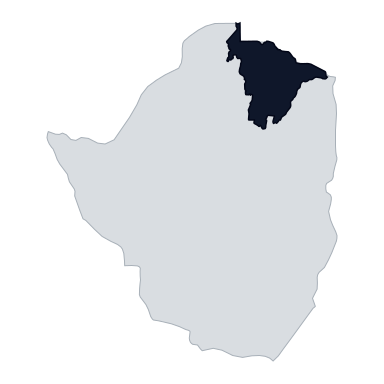 Mashonaland Central highlighted on a map of Zimbabwe
{"feature_id": "ZWE-524", "entity_name": "Mashonaland Central", "entity_type": "Province", "adm_level": 1, "iso_a3": "ZWE", "parent_name": "Zimbabwe", "parent_adm1": "", "projection": "equal_earth", "projection_center": [30.9, -16.688], "detail": "fine", "context": "in_parent", "style": "filled", "palette": "ink", "viewbox_px": 384, "rotation_deg": 0, "n_neighbors": 0, "source": "natural_earth", "source_scale": "10m", "svg_char_len": 6913}
<svg xmlns="http://www.w3.org/2000/svg" viewBox="0 0 384 384"><path d="M273.1,361.0L269.7,358.1L265.2,356.3L259.4,355.5L251.9,355.8L242.6,357.4L232.7,355.5L222.0,350.2L213.2,348.3L202.7,350.6L202.2,350.7L200.4,348.9L197.5,345.0L192.7,344.3L191.4,343.4L190.3,342.0L189.6,340.2L189.3,338.1L190.1,331.8L189.7,331.0L188.4,330.3L185.7,329.5L179.4,326.6L171.4,323.8L158.5,320.8L153.4,320.0L152.3,319.0L150.8,316.7L148.3,309.4L145.9,304.5L140.3,297.1L139.4,294.7L139.6,288.8L140.0,284.0L140.5,280.0L140.2,276.2L140.1,271.4L140.3,268.3L139.5,266.9L137.5,265.9L131.7,265.5L124.7,265.7L124.5,260.9L123.8,253.4L122.4,249.1L120.8,246.9L117.6,244.5L111.0,241.4L102.2,236.5L94.5,229.3L85.8,220.4L83.0,218.8L79.8,210.4L74.7,196.0L75.0,191.2L74.2,188.9L69.4,181.8L68.3,178.1L67.5,174.4L59.8,164.1L57.2,159.5L55.1,153.7L53.1,149.0L51.5,147.2L49.3,144.0L47.7,140.4L47.0,137.7L47.5,134.1L48.3,131.6L55.5,134.2L59.4,134.4L62.5,133.1L66.3,134.8L70.9,139.5L75.9,140.4L81.2,137.5L88.4,138.4L97.6,143.1L105.1,144.0L114.1,139.8L122.0,128.3L129.5,117.4L136.8,104.9L141.3,94.8L147.8,86.5L156.4,80.2L165.2,74.8L178.7,68.2L181.4,62.8L182.3,56.8L182.2,48.6L182.9,43.2L184.3,40.8L186.6,38.9L189.4,36.4L198.3,30.1L205.8,26.1L214.9,23.5L224.8,23.4L234.4,23.4L239.9,23.4L240.0,31.4L240.4,40.3L241.5,41.2L248.7,41.4L260.3,42.0L271.4,42.6L278.5,49.1L280.9,50.5L288.3,52.2L297.7,63.0L309.1,64.0L316.9,67.4L323.8,71.1L327.7,75.5L330.3,76.5L333.8,76.9L335.4,77.3L335.1,80.5L332.7,85.9L333.0,93.6L336.1,104.4L336.5,113.7L335.5,130.2L335.5,146.1L335.8,151.8L336.3,155.5L336.9,157.6L336.8,159.9L334.9,166.6L333.3,173.6L333.3,176.4L332.7,178.4L331.6,180.2L326.6,183.4L325.8,185.4L325.8,189.0L326.4,192.1L328.2,193.2L330.4,194.9L331.3,197.2L331.3,199.6L330.6,204.0L328.6,211.4L330.5,219.8L332.7,225.3L335.7,231.7L337.0,235.6L336.9,238.4L336.4,241.1L331.8,252.7L328.5,259.8L324.4,267.5L319.1,272.3L317.7,274.7L317.2,277.3L317.4,283.1L317.1,289.1L312.5,298.3L315.3,306.3L314.7,307.0L313.1,308.2L306.6,317.1L300.0,326.2L295.2,332.8L289.7,340.3L283.5,348.7L278.3,355.9L273.1,361.0Z" fill="#d9dde1" stroke="#a8b0b8" stroke-width="1"/><path d="M236.1,23.2L237.3,23.9L238.4,23.8L239.9,23.0L240.0,27.1L240.0,31.9L240.1,38.0L240.2,41.5L244.4,41.4L247.0,41.4L253.2,41.3L257.2,41.3L258.9,41.8L260.4,43.1L261.0,44.0L261.5,44.5L262.2,44.6L263.0,44.2L263.4,43.7L264.1,42.7L264.7,42.3L265.0,42.4L265.3,42.7L265.6,42.7L265.9,42.0L266.8,41.2L268.5,41.4L272.3,42.6L273.0,42.9L273.6,43.5L274.2,44.4L274.9,46.1L275.3,46.8L276.1,47.3L276.4,47.6L276.6,48.1L276.7,48.6L276.9,48.9L277.1,48.9L277.4,48.8L277.5,48.8L277.7,49.2L277.6,49.4L277.7,49.6L278.4,49.7L279.2,49.7L280.0,49.8L280.6,50.4L282.0,51.3L288.3,51.8L289.2,52.4L290.2,53.5L292.5,56.7L293.2,57.5L294.8,58.6L295.2,59.0L295.5,59.9L295.7,61.9L296.0,62.6L296.6,63.0L300.5,63.8L307.9,63.6L310.9,64.2L314.7,66.2L320.7,69.3L325.1,71.6L325.5,72.1L325.7,72.8L325.7,74.0L326.1,76.0L327.1,77.0L327.3,77.1L327.2,77.2L326.2,78.4L325.6,78.8L324.9,78.9L322.7,78.7L322.4,78.5L321.7,78.1L321.4,77.9L316.4,77.1L315.4,77.3L314.5,77.7L312.7,79.1L311.7,79.6L311.2,79.6L309.6,79.6L309.2,79.7L308.9,79.9L308.3,80.4L307.6,81.0L306.7,81.4L305.8,81.6L305.0,81.7L304.7,81.6L304.1,81.2L303.7,81.2L303.2,81.3L302.6,81.6L301.5,82.4L301.1,83.0L300.8,83.7L300.5,84.5L300.1,86.9L299.9,87.4L299.6,87.8L298.4,88.6L297.8,89.2L297.3,90.0L296.9,90.8L296.7,91.8L296.5,93.4L296.3,93.9L295.5,95.7L295.0,96.5L294.4,97.2L293.6,97.8L293.4,98.0L293.2,98.3L292.9,99.1L292.7,99.5L292.3,99.9L291.3,100.7L290.9,101.1L290.6,101.8L290.5,102.7L290.6,103.7L290.7,104.5L290.7,105.9L290.4,107.0L289.8,108.0L286.6,112.1L286.0,113.4L285.9,113.8L285.2,114.6L281.8,117.0L281.6,117.3L281.2,118.1L280.8,119.1L280.6,119.6L280.4,120.0L280.1,119.9L279.9,119.7L279.7,119.7L279.3,120.1L277.3,122.6L276.9,123.0L276.5,123.2L275.2,122.5L274.8,122.7L273.9,123.3L273.6,123.4L273.3,123.0L273.1,122.5L273.0,122.0L273.0,121.4L273.1,120.9L274.3,116.6L274.4,116.3L274.4,116.0L274.1,115.9L268.2,115.3L267.7,115.6L267.2,116.2L266.6,117.9L265.8,119.0L265.8,119.3L266.0,119.9L266.2,120.1L266.5,120.2L266.6,120.6L266.6,121.0L265.8,125.2L265.7,127.3L265.4,128.1L265.2,128.5L264.9,128.6L264.7,128.7L264.0,128.7L263.7,128.9L263.2,128.9L262.8,128.9L262.7,128.8L262.5,128.7L261.9,128.0L260.8,125.8L260.1,125.4L259.9,125.6L259.7,125.9L259.5,126.2L259.2,126.4L258.8,126.3L258.3,125.8L256.5,124.6L254.4,123.5L254.1,123.2L254.0,122.9L254.0,122.5L254.0,122.1L254.3,121.1L254.4,120.3L254.4,120.0L254.2,120.0L248.9,120.0L248.8,119.9L248.6,119.7L248.6,118.5L249.0,114.3L249.0,113.6L248.9,112.8L248.4,110.0L248.5,109.6L248.6,109.4L249.1,108.3L250.5,104.8L250.6,104.6L250.6,104.3L250.4,104.1L250.2,103.9L250.1,103.7L250.2,103.2L250.3,103.0L250.5,102.9L251.0,102.2L251.5,101.4L252.0,100.6L252.1,100.4L252.2,99.9L252.6,95.7L252.6,95.4L252.6,95.1L252.4,94.9L252.2,94.7L251.7,94.6L251.3,94.5L251.1,94.6L250.9,94.7L250.6,94.9L250.5,95.1L250.3,95.1L250.1,94.9L250.1,94.4L250.0,94.1L249.8,93.9L249.6,93.9L249.4,94.0L248.9,94.4L248.4,94.8L248.1,94.9L247.9,94.8L247.7,94.7L247.3,94.6L246.4,94.7L246.2,94.7L245.8,94.5L245.7,94.2L245.5,93.2L245.5,91.9L245.5,91.7L245.8,91.5L246.0,91.4L246.1,91.2L245.9,90.7L245.2,89.9L245.1,89.7L244.9,89.1L244.7,84.6L244.7,84.3L244.8,84.0L244.8,83.8L244.9,83.5L245.5,82.6L245.7,82.1L245.8,81.8L245.7,81.4L245.6,81.0L245.4,80.3L245.2,80.0L245.0,79.8L244.8,79.6L244.6,79.5L244.4,79.4L244.3,79.2L244.5,78.7L244.5,78.4L244.5,78.1L243.9,76.4L243.7,76.2L243.4,76.0L242.2,75.1L241.6,74.9L241.4,74.8L241.1,74.5L240.9,74.3L240.3,74.0L240.2,73.9L240.0,73.6L239.7,72.9L239.4,72.2L239.3,71.8L239.3,71.4L239.6,69.3L239.9,68.1L239.9,67.9L240.2,67.4L240.3,66.9L240.6,65.4L240.7,64.1L240.7,63.9L240.8,63.4L241.3,62.3L241.4,62.1L241.4,61.6L241.4,61.0L241.1,59.9L240.9,59.3L240.6,58.6L240.4,58.4L240.1,58.4L238.0,58.5L237.8,58.5L237.6,58.4L237.5,58.2L236.8,57.3L236.7,57.0L236.4,55.6L236.2,55.2L235.8,54.9L235.3,54.8L235.1,54.8L233.7,55.0L233.3,55.2L233.2,55.4L233.1,55.6L233.0,55.8L233.0,56.1L233.0,56.4L233.2,57.4L233.2,57.7L233.1,58.0L232.9,58.4L232.8,58.6L232.7,58.7L232.5,58.8L231.6,59.1L231.3,59.3L231.1,59.7L231.0,59.9L230.8,60.0L230.6,60.0L229.8,59.7L229.5,59.7L229.3,59.8L229.0,60.0L228.8,60.1L228.7,60.3L228.6,60.6L228.4,61.1L228.3,61.3L228.2,61.4L228.0,61.5L227.8,61.4L227.4,61.3L227.2,61.1L226.9,60.7L227.0,60.2L227.6,58.3L227.8,57.8L228.0,57.6L228.5,57.2L228.7,56.7L228.8,56.3L228.8,55.6L228.6,53.9L228.6,53.6L228.6,53.2L228.8,52.8L229.2,51.8L229.4,51.6L230.4,50.8L230.5,50.6L230.6,50.3L230.6,49.8L230.5,49.5L230.3,49.3L230.1,49.3L229.9,49.3L229.7,49.3L229.3,49.1L229.2,49.0L229.0,48.6L228.9,48.3L228.9,48.0L228.9,47.8L228.9,47.6L228.9,47.4L228.6,47.1L228.5,46.9L228.4,46.7L228.2,45.9L228.3,45.5L228.4,44.2L228.4,43.8L228.2,43.5L227.5,43.1L227.3,43.0L227.0,42.6L226.9,42.4L226.8,42.2L226.8,41.9L226.7,41.7L226.8,41.5L226.8,41.3L227.0,41.2L236.7,30.1L237.0,29.5L237.2,28.8L236.9,27.7L236.7,27.2L236.2,26.5L236.1,25.8L236.1,23.8L236.1,23.2Z" fill="#0f172a" stroke="#020617" stroke-width="1.5"/></svg>